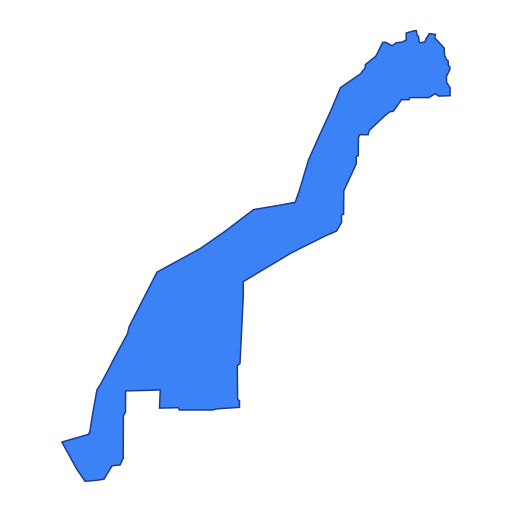 the district of Akdepe, Tashauz, Turkmenistan
{"feature_id": "10190150B20893258254384", "entity_name": "Akdepe", "entity_type": "district", "adm_level": 2, "iso_a3": "TKM", "parent_name": "Turkmenistan", "parent_adm1": "Tashauz", "projection": "equal_earth", "projection_center": [58.748, 41.039], "detail": "fine", "context": "isolated", "style": "filled", "palette": "blue", "viewbox_px": 512, "rotation_deg": 0, "n_neighbors": 0, "source": "geoboundaries", "source_scale": "gbopen_adm2", "svg_char_len": 2202}
<svg xmlns="http://www.w3.org/2000/svg" viewBox="0 0 512 512"><path d="M127.9,332.0L127.9,332.9L112.8,360.8L110.1,366.4L100.4,384.5L97.3,389.3L96.9,390.1L92.8,413.0L89.7,432.2L89.3,432.3L89.0,434.2L64.3,441.3L61.9,442.1L76.7,469.0L85.0,481.3L95.9,480.4L104.0,479.2L112.1,465.7L120.0,465.0L123.2,458.3L123.4,415.8L125.3,412.4L125.5,411.9L125.6,390.9L146.3,390.4L160.3,389.9L159.7,402.4L159.5,408.1L178.0,407.7L178.3,407.7L179.4,410.0L212.3,410.0L215.6,409.2L216.3,408.9L239.5,407.3L239.5,402.1L239.5,400.8L237.9,399.5L237.6,399.3L237.3,365.7L239.8,363.6L240.0,363.4L243.3,295.7L243.3,295.2L243.2,281.7L254.9,274.6L275.9,262.1L290.9,253.1L301.0,248.0L323.3,236.9L326.5,235.4L336.2,231.2L336.6,231.0L341.7,222.1L341.6,220.5L341.4,215.1L342.7,214.6L343.6,214.3L343.8,191.7L343.8,190.8L346.1,185.8L351.3,174.6L356.1,164.1L356.4,163.5L356.2,157.3L356.2,156.8L356.3,156.8L358.3,155.6L358.4,142.2L358.5,137.4L359.0,136.2L359.8,134.7L360.5,134.7L365.4,134.7L368.1,134.7L368.8,131.8L369.2,130.5L369.3,130.4L380.1,120.1L383.2,117.2L386.7,114.2L389.1,112.3L389.6,111.9L389.8,111.7L391.8,111.5L393.2,111.3L401.3,100.0L401.5,99.7L402.7,99.7L409.0,99.7L409.8,97.6L414.6,97.6L419.6,97.6L426.1,97.6L428.4,97.6L428.8,97.6L432.6,95.3L435.2,93.6L435.3,93.7L438.8,96.1L450.1,95.7L450.1,90.6L450.1,87.8L448.6,85.5L446.6,82.2L446.4,76.8L446.4,76.6L447.3,74.7L448.9,71.4L450.0,69.2L449.9,68.5L449.8,67.0L449.8,66.7L448.7,65.6L448.3,65.1L448.3,63.9L448.3,62.6L448.2,61.1L446.3,59.2L444.6,55.3L444.2,48.1L434.7,37.8L435.4,34.4L435.0,34.4L433.1,34.1L429.1,33.6L428.2,35.5L427.6,36.6L427.2,37.1L425.9,38.9L425.7,39.8L424.7,42.1L419.9,42.7L419.0,41.0L419.0,40.3L418.7,37.8L418.6,36.9L418.6,36.7L417.7,35.6L416.9,34.6L416.4,30.7L415.6,30.7L414.3,30.7L406.2,33.0L406.2,35.3L406.3,39.8L405.9,40.0L402.4,42.1L400.3,42.3L396.3,42.7L392.2,45.8L385.8,42.3L382.6,42.4L382.5,42.7L382.0,43.9L381.4,45.0L378.7,50.6L376.2,55.5L375.9,56.1L370.7,60.3L364.8,65.0L365.3,64.9L365.3,65.0L365.5,67.3L360.5,73.8L340.5,87.6L331.0,110.3L320.7,132.6L308.5,159.9L299.6,189.7L295.2,202.3L273.6,206.2L253.5,209.6L224.6,231.6L200.5,248.4L169.9,265.1L160.9,270.0L156.9,272.3L129.2,326.5L127.9,332.0Z" fill="#3b82f6" stroke="#1e3a8a" stroke-width="1.5"/></svg>